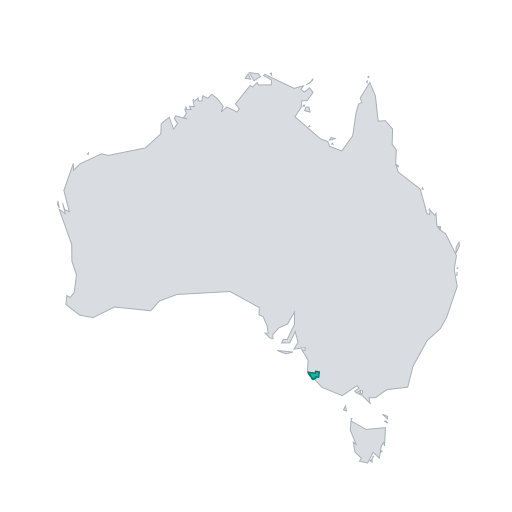 Wattle Range, South Australia, Australia shown in context, rotated 7°
{"feature_id": "25037944B1081142143908", "entity_name": "Wattle Range", "entity_type": "district", "adm_level": 2, "iso_a3": "AUS", "parent_name": "Australia", "parent_adm1": "South Australia", "projection": "mercator", "projection_center": [140.154, -37.508], "detail": "fine", "context": "in_parent", "style": "filled", "palette": "teal", "viewbox_px": 512, "rotation_deg": 7, "n_neighbors": 0, "source": "geoboundaries", "source_scale": "gbopen_adm2", "svg_char_len": 4758}
<svg xmlns="http://www.w3.org/2000/svg" viewBox="0 0 512 512"><g transform="rotate(7 256 256)"><path d="M355.0,82.6L360.8,107.2L367.9,106.0L376.1,113.3L377.5,128.5L382.3,133.8L383.5,148.1L387.1,155.5L410.8,169.5L420.3,192.6L423.0,193.8L423.4,189.6L428.6,193.9L429.5,191.8L431.7,203.6L434.8,207.2L441.6,210.9L454.9,231.2L454.4,245.0L459.4,261.7L452.7,293.7L447.9,305.5L436.2,319.1L425.2,346.5L422.6,367.7L402.0,372.8L391.8,382.1L385.4,382.9L387.2,388.3L377.2,380.5L378.6,378.7L378.0,376.7L376.1,376.7L372.8,380.0L370.4,378.0L374.4,374.8L372.1,372.4L358.6,384.1L337.4,378.3L321.0,364.1L320.5,353.2L312.9,343.4L316.1,343.8L316.0,340.9L305.0,343.8L308.3,336.6L304.1,326.2L300.1,338.1L292.0,339.2L293.3,335.3L297.1,335.2L302.5,319.1L301.0,307.1L295.6,319.7L287.5,324.5L282.1,332.2L282.9,336.1L279.7,335.6L274.4,331.3L277.7,331.2L275.4,323.7L270.4,315.2L266.2,314.1L265.5,306.8L234.6,294.4L182.3,303.8L165.6,312.4L158.2,323.2L121.7,323.9L101.8,337.0L88.3,336.2L73.2,327.3L73.1,318.3L76.7,319.8L80.0,314.5L80.1,296.7L73.9,283.5L71.7,267.1L55.0,233.7L61.5,237.2L57.6,227.2L60.4,233.1L65.3,234.9L57.3,214.3L63.4,186.5L64.5,193.0L70.2,185.9L90.2,173.4L97.2,174.1L133.1,162.2L146.6,146.4L145.8,136.2L152.9,128.9L158.8,140.2L161.9,133.9L158.1,129.4L159.2,126.6L170.9,128.5L167.2,127.4L169.6,123.0L167.5,119.0L173.8,118.5L171.5,115.6L176.7,115.2L174.9,111.0L179.4,106.2L179.8,109.1L183.4,108.7L183.7,103.4L188.9,105.3L192.2,101.0L197.7,103.9L205.2,111.4L203.9,117.3L208.9,111.6L219.5,115.4L221.7,112.2L217.0,107.6L229.4,87.5L231.8,88.8L236.1,83.8L237.6,85.9L250.3,84.3L249.9,79.5L241.4,75.9L242.8,74.7L273.5,85.0L282.4,81.3L280.2,85.2L284.0,87.4L288.6,82.6L292.7,86.6L287.8,95.6L282.5,96.4L282.7,102.9L277.7,113.1L305.6,131.8L313.3,133.7L315.7,138.2L328.3,141.3L337.3,125.0L337.9,101.5L339.3,92.7L342.5,90.6L340.1,86.7L347.8,69.9L355.0,82.6ZM370.4,408.2L386.4,414.7L405.4,410.6L406.7,428.8L405.4,425.5L403.5,429.4L403.0,441.6L396.2,436.6L392.0,447.9L383.7,447.0L385.3,443.8L378.1,438.5L375.2,429.0L378.4,430.7L370.9,417.7L370.4,408.2ZM227.0,74.8L235.9,74.8L238.6,77.3L232.7,82.3L227.0,74.8ZM288.6,347.2L304.4,346.8L297.7,349.5L288.6,347.2ZM290.3,101.6L292.1,106.6L286.5,105.8L287.4,102.2L290.3,101.6ZM454.0,228.9L453.6,222.7L455.8,217.6L456.7,221.2L454.0,228.9ZM400.9,397.7L406.2,399.2L406.4,401.7L400.9,397.7ZM226.1,76.3L229.2,81.2L223.6,80.9L226.1,76.3ZM364.6,398.8L361.6,398.1L363.2,393.9L364.6,398.8ZM320.2,129.7L317.5,131.2L314.8,132.0L316.1,129.2L320.2,129.7ZM54.9,232.2L52.8,229.2L52.6,226.4L52.9,226.3L54.9,232.2ZM405.2,404.1L407.3,405.8L403.3,404.4L405.2,404.1ZM433.6,204.4L435.6,204.4L435.6,207.1L433.6,204.4ZM384.2,147.9L386.6,149.4L386.2,150.3L384.2,147.9ZM396.1,443.3L396.3,446.3L394.3,445.4L396.1,443.3ZM457.6,247.4L457.8,250.8L457.5,250.8L457.6,247.4ZM249.5,74.6L248.0,73.2L249.0,72.5L249.5,74.6ZM290.6,74.8L288.5,77.3L291.0,73.0L290.6,74.8ZM457.9,243.2L456.9,244.4L457.6,243.1L457.9,243.2ZM293.8,120.8L292.6,121.3L293.3,120.1L293.8,120.8ZM285.9,101.4L284.4,101.7L285.3,100.1L285.9,101.4ZM77.5,173.5L77.0,175.6L76.3,175.5L77.5,173.5ZM345.2,68.7L345.1,70.4L344.5,69.2L345.2,68.7ZM376.2,377.7L376.6,379.0L376.0,378.6L376.2,377.7ZM287.9,78.1L285.0,79.8L288.0,77.6L287.9,78.1ZM175.1,108.5L174.1,109.7L174.8,108.3L175.1,108.5ZM397.2,441.1L396.2,441.7L396.7,440.6L397.2,441.1ZM318.9,135.7L317.3,135.7L318.1,134.6L318.9,135.7ZM169.2,117.6L168.4,118.3L168.3,116.7L169.2,117.6ZM404.9,434.7L403.5,435.6L404.0,433.9L404.9,434.7ZM346.2,64.1L346.0,65.3L345.2,64.7L346.2,64.1ZM375.4,379.5L376.8,380.7L374.5,380.4L375.4,379.5ZM413.7,169.4L412.6,169.4L413.0,168.0L413.7,169.4ZM422.5,189.4L421.9,189.4L422.4,188.4L422.5,189.4ZM371.1,406.0L370.7,407.1L370.3,405.7L371.1,406.0Z" fill="#d9dde1" stroke="#a8b0b8" stroke-width="1"/><path d="M332.9,366.8L332.9,364.9L332.9,363.9L332.9,363.5L332.9,363.3L331.1,363.3L329.3,363.2L329.3,364.9L329.3,365.1L327.9,365.1L326.6,365.1L323.9,365.1L322.0,365.1L321.9,365.1L321.9,365.3L322.0,365.5L322.1,365.8L322.3,365.9L322.3,366.0L322.5,366.2L322.5,366.3L322.7,366.5L322.8,366.6L322.9,366.8L323.0,366.8L323.1,367.0L323.1,366.9L323.1,367.0L323.3,367.2L323.5,367.0L323.8,367.1L324.0,367.3L324.2,367.5L324.3,367.6L324.5,367.8L324.5,368.0L324.4,368.2L324.3,368.3L324.5,368.4L324.6,368.5L324.8,368.6L324.9,368.8L325.0,368.8L325.1,369.0L325.3,369.2L325.4,369.3L325.5,369.4L325.5,369.5L325.7,369.8L325.8,369.8L325.9,370.0L326.0,370.1L326.0,370.3L326.1,370.5L326.9,370.5L327.0,370.8L327.0,371.0L327.1,371.3L327.1,371.5L327.3,371.6L327.5,371.6L327.8,371.5L327.9,371.3L328.0,371.3L327.9,371.1L327.9,370.9L328.0,370.9L328.0,370.5L329.3,370.5L329.3,370.3L330.0,370.3L330.0,370.0L330.1,369.9L330.0,369.4L329.9,369.2L330.0,368.9L330.0,368.7L330.7,368.7L331.1,368.7L332.9,368.7L332.9,366.8Z" fill="#14b8a6" stroke="#0f766e" stroke-width="1.5"/></g></svg>